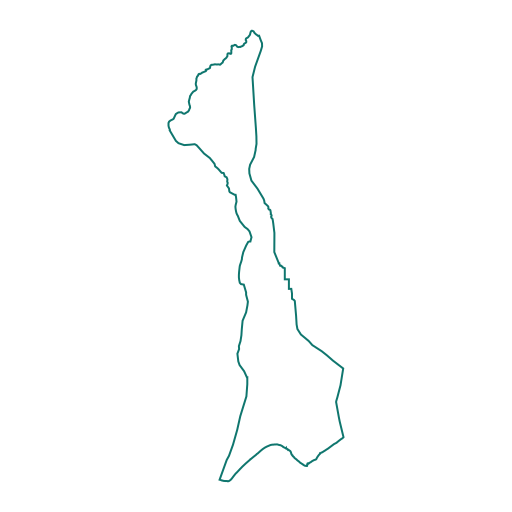 Seruyan, Kalimantan Tengah, Indonesia
{"feature_id": "22746128B10156150641021", "entity_name": "Seruyan", "entity_type": "district", "adm_level": 2, "iso_a3": "IDN", "parent_name": "Indonesia", "parent_adm1": "Kalimantan Tengah", "projection": "equal_earth", "projection_center": [112.304, -2.121], "detail": "fine", "context": "isolated", "style": "outline", "palette": "teal", "viewbox_px": 512, "rotation_deg": 0, "n_neighbors": 0, "source": "geoboundaries", "source_scale": "gbopen_adm2", "svg_char_len": 5770}
<svg xmlns="http://www.w3.org/2000/svg" viewBox="0 0 512 512"><path d="M258.7,35.7L258.1,35.9L257.8,35.7L257.0,35.0L255.8,34.2L255.2,33.5L254.7,33.2L253.6,31.4L252.8,31.0L251.9,30.7L251.6,30.9L250.9,31.4L250.7,31.9L250.6,32.5L250.4,32.8L250.0,34.7L249.7,35.1L249.4,35.6L248.7,36.4L248.1,37.3L247.3,37.8L246.3,38.3L245.9,38.8L245.8,39.3L245.7,40.0L246.1,40.5L246.2,41.0L246.3,41.7L246.2,42.3L245.9,42.6L245.6,42.9L244.9,43.3L244.6,43.4L244.1,43.8L243.9,44.3L243.7,45.1L243.4,45.4L243.0,45.5L242.7,45.9L242.4,46.1L241.3,46.4L240.9,46.7L240.2,47.0L239.6,46.9L238.4,47.1L237.3,46.8L236.3,45.5L235.8,45.1L235.5,45.0L234.6,44.9L233.3,45.8L232.1,45.7L231.7,46.0L231.5,46.4L231.6,47.0L231.8,47.5L231.8,48.0L231.7,49.5L231.4,49.8L231.2,50.4L231.3,50.9L231.3,53.0L231.2,53.5L230.9,53.8L230.3,53.8L229.8,53.6L229.6,53.4L229.1,53.3L228.6,53.3L227.8,53.5L227.5,54.0L227.4,54.7L227.4,55.8L227.3,56.4L226.6,57.3L226.4,57.7L225.6,58.5L224.8,59.0L224.2,59.7L223.5,60.3L223.2,60.8L223.0,61.7L222.5,62.7L222.1,62.9L221.1,63.8L220.3,64.6L219.9,64.7L219.0,64.4L217.9,64.4L217.1,64.5L216.8,64.5L215.0,64.3L214.6,64.3L214.2,64.5L213.7,64.6L213.2,64.6L212.5,64.8L211.5,64.8L210.7,65.4L210.3,66.1L210.2,66.7L210.1,67.3L210.0,67.9L209.7,68.2L208.0,69.0L207.4,69.4L206.2,69.5L205.9,69.8L206.1,70.0L206.1,70.6L206.0,70.9L205.7,71.2L204.4,71.7L203.4,72.2L202.7,72.4L202.3,72.5L201.9,72.8L201.6,73.2L200.9,73.5L200.5,73.8L200.0,74.0L199.3,73.8L199.0,73.9L198.6,74.2L198.3,74.6L198.2,75.5L197.3,76.3L197.0,76.8L196.7,77.9L196.4,78.5L196.4,80.5L195.8,83.4L195.8,84.3L196.0,85.3L196.4,86.3L196.7,87.3L196.7,88.9L196.1,89.9L194.7,90.9L193.3,91.6L191.4,93.9L190.9,94.9L190.1,96.0L189.7,98.2L189.4,99.1L188.8,101.7L189.5,105.0L189.9,105.9L190.1,107.4L189.9,108.2L189.6,108.6L188.9,110.5L188.5,110.9L188.0,111.7L186.7,112.4L185.0,113.5L184.1,113.8L182.7,113.3L181.5,112.3L178.7,112.4L177.7,112.8L175.8,114.1L174.9,116.0L174.3,117.3L173.6,118.8L172.9,119.3L170.5,120.5L169.1,121.6L168.5,123.0L168.5,125.7L168.8,127.1L169.0,127.8L169.5,128.8L169.9,130.0L169.7,130.4L175.9,140.9L178.5,143.2L184.2,145.1L190.0,144.7L194.7,144.2L196.6,145.2L199.5,148.4L204.0,153.5L209.8,158.0L214.5,163.8L215.2,166.4L217.0,167.8L218.3,169.0L221.6,172.8L223.6,173.0L224.2,174.5L224.7,176.3L226.6,177.3L227.2,178.7L227.4,179.4L227.2,181.7L227.7,182.8L227.6,183.8L226.9,185.5L229.0,188.5L229.3,191.2L229.8,192.2L234.7,194.8L235.6,194.8L236.0,196.9L236.3,199.5L236.5,201.7L235.7,204.8L235.4,206.7L235.6,208.8L236.0,211.2L236.5,213.2L237.1,214.6L237.8,215.8L239.8,220.9L244.6,226.9L247.6,229.1L249.5,231.4L251.5,237.2L250.4,241.4L250.1,241.3L248.2,241.9L246.2,245.5L243.3,252.1L242.0,257.5L241.9,259.2L241.2,261.7L240.7,263.1L239.9,265.5L239.7,266.6L239.6,267.4L239.4,269.2L239.1,271.9L238.9,274.9L238.9,277.4L239.2,280.0L239.8,282.8L241.0,284.1L243.8,284.6L246.1,292.4L246.1,294.8L247.9,301.7L247.4,305.6L246.1,312.4L242.6,320.7L241.8,329.1L241.4,335.3L240.5,341.1L238.9,346.1L239.1,349.1L237.4,353.7L238.3,361.4L239.6,365.1L244.1,371.2L247.1,377.8L247.3,377.7L247.3,384.2L246.4,396.4L240.3,416.1L237.2,429.9L233.0,444.7L229.0,455.8L226.7,460.0L219.6,479.7L220.7,480.0L222.2,480.6L222.4,480.5L223.1,480.7L223.6,480.9L225.0,481.0L225.6,481.0L226.0,481.1L226.6,481.0L227.1,481.0L227.8,481.3L228.0,481.3L229.0,481.0L229.9,480.4L230.5,480.0L231.7,478.7L233.5,476.3L235.8,473.4L236.2,473.1L236.8,472.5L239.8,469.3L240.0,469.0L240.4,468.7L242.3,466.7L245.7,463.5L250.4,459.4L250.5,459.1L250.9,459.0L252.8,457.4L256.2,454.7L256.7,454.1L257.8,453.4L258.6,452.6L259.1,452.2L260.4,451.0L262.7,449.1L264.9,447.6L266.8,446.6L270.3,445.1L271.0,444.9L272.1,444.7L272.9,444.7L274.4,444.5L277.2,444.4L279.2,445.0L280.5,445.2L282.2,446.1L282.8,446.5L283.0,446.7L283.0,446.8L284.2,447.5L285.3,448.0L285.5,448.0L285.6,447.8L285.6,448.1L285.8,448.3L285.9,448.2L285.9,448.3L286.6,448.7L286.9,448.9L287.0,448.9L287.1,449.0L287.1,448.9L288.0,449.5L290.3,451.1L291.0,452.4L291.1,453.0L291.2,453.5L291.3,453.8L291.5,454.0L291.6,454.5L292.3,455.2L292.3,455.3L292.5,455.4L292.5,455.6L292.6,455.8L292.8,455.9L292.9,456.2L293.3,456.6L293.9,457.0L294.3,457.7L294.9,458.3L295.4,458.6L295.6,458.8L295.8,458.9L296.0,459.1L296.8,459.7L296.9,459.9L297.3,460.3L299.2,461.7L299.7,462.3L300.7,463.1L301.2,463.3L302.0,463.9L302.8,464.3L303.0,464.6L303.7,465.1L305.1,465.8L307.0,466.0L307.1,465.9L307.2,465.5L307.1,465.2L307.2,464.3L307.6,463.4L308.1,463.3L308.1,463.7L308.2,463.8L308.4,463.8L309.7,462.7L310.7,462.2L312.3,461.0L312.8,460.7L313.4,460.5L314.2,460.0L315.7,459.6L316.3,459.1L316.5,458.6L317.4,457.0L318.6,455.3L319.3,454.5L319.8,454.0L319.9,453.7L320.0,453.8L320.1,453.7L320.5,453.2L321.3,452.6L321.5,452.5L322.1,452.4L324.4,450.9L324.5,450.9L326.7,449.4L327.6,448.9L334.0,444.1L336.7,442.7L336.9,442.4L338.2,441.4L338.3,441.3L338.5,441.1L341.1,439.1L342.4,438.3L343.5,437.2L339.7,421.5L338.8,417.0L336.1,402.0L336.3,400.9L337.4,397.2L340.5,385.3L343.2,368.5L332.8,360.5L327.0,355.4L321.7,351.2L312.3,345.1L308.8,341.1L300.9,334.5L297.4,329.0L296.6,324.5L296.1,316.0L294.8,301.0L294.0,300.0L292.0,298.8L292.0,293.5L291.3,288.9L288.9,288.9L288.9,279.3L284.8,279.3L284.8,268.2L282.7,267.5L282.4,266.7L282.1,266.7L281.1,265.7L280.2,265.8L280.1,265.7L280.1,265.3L279.3,264.0L279.3,263.3L278.7,263.3L278.6,262.7L274.3,252.1L274.4,235.9L274.4,232.9L273.3,223.8L272.8,220.3L272.5,218.9L271.6,218.1L271.1,216.9L271.6,215.8L271.5,215.1L270.7,214.1L270.9,213.4L270.4,210.3L270.0,209.8L269.0,209.5L268.3,208.6L268.4,207.1L268.1,206.3L266.1,204.4L264.6,203.1L264.2,200.6L263.5,198.7L257.5,188.7L251.4,180.6L249.4,173.4L249.2,168.9L250.1,164.7L254.1,157.0L255.6,150.2L255.7,148.7L256.5,143.9L256.4,136.5L255.9,128.2L254.2,105.0L252.5,77.1L255.1,66.7L260.8,50.8L262.1,46.4L262.0,43.2L260.7,40.1L259.1,35.7L258.7,35.7Z" fill="none" stroke="#0f766e" stroke-width="2"/></svg>